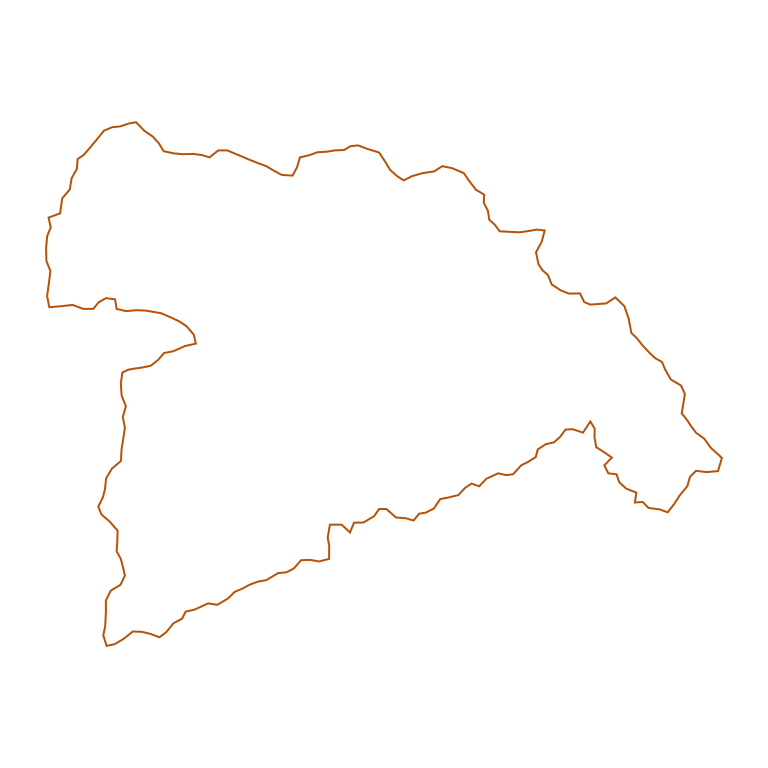 the district of Rio Preto, Minas Gerais, Brazil
{"feature_id": "56859067B48154724498431", "entity_name": "Rio Preto", "entity_type": "district", "adm_level": 2, "iso_a3": "BRA", "parent_name": "Brazil", "parent_adm1": "Minas Gerais", "projection": "natural_earth1", "projection_center": [-43.874, -22.05], "detail": "fine", "context": "isolated", "style": "outline", "palette": "amber", "viewbox_px": 768, "rotation_deg": 0, "n_neighbors": 0, "source": "geoboundaries", "source_scale": "gbopen_adm2", "svg_char_len": 3102}
<svg xmlns="http://www.w3.org/2000/svg" viewBox="0 0 768 768"><path d="M49.3,307.2L61.5,306.2L72.6,304.9L83.1,308.9L93.2,308.9L98.9,302.1L106.1,298.1L115.1,299.4L116.6,308.9L126.0,311.1L136.6,310.2L145.8,310.6L160.7,313.1L171.5,317.7L179.1,321.3L186.4,326.1L193.8,334.6L195.8,343.6L184.9,346.1L173.1,351.3L164.1,353.0L158.2,359.8L150.7,365.8L141.8,367.6L135.2,368.5L128.5,369.6L122.4,372.6L120.8,383.5L121.7,395.8L125.9,406.2L122.8,416.9L124.9,427.9L123.1,439.9L121.5,449.7L121.0,460.9L111.9,468.6L106.1,478.4L105.0,489.1L102.9,497.3L98.3,506.6L101.5,514.5L109.8,521.7L117.6,530.7L117.3,541.9L116.6,551.2L120.8,558.9L123.1,567.6L124.9,575.6L120.6,584.7L110.8,590.6L105.9,600.4L105.9,612.6L105.2,626.1L103.3,635.3L106.6,645.8L114.6,644.2L123.4,639.0L132.8,631.5L141.9,631.8L150.8,634.0L159.4,637.3L166.3,632.1L173.4,623.3L182.1,618.6L185.7,611.6L194.6,609.6L208.0,603.4L217.4,604.8L228.2,598.3L234.6,591.9L241.8,588.9L249.6,584.7L258.0,581.6L266.3,580.1L278.1,573.1L286.8,572.2L293.9,568.4L301.1,560.2L310.4,559.9L319.0,561.5L329.1,558.9L329.2,545.7L327.7,537.5L329.9,524.7L341.7,524.7L350.0,532.5L354.0,522.7L363.4,522.5L374.1,516.2L379.1,509.0L386.3,509.0L396.1,517.5L406.0,518.3L413.6,520.5L419.1,513.7L425.6,512.7L433.9,508.5L440.2,499.1L449.3,497.3L458.3,495.1L465.2,487.8L471.6,483.6L479.2,486.3L486.3,478.8L498.2,473.3L506.1,475.1L513.0,474.3L521.2,465.3L527.7,462.1L535.7,457.1L537.8,449.4L545.8,444.2L553.9,442.4L560.1,436.9L565.5,429.6L572.7,429.2L583.0,432.6L590.3,421.5L594.7,428.7L594.5,437.4L596.3,447.2L603.2,451.6L611.9,457.6L604.3,465.3L608.3,473.3L616.5,474.3L619.3,482.3L626.2,488.6L636.3,492.6L634.9,502.5L642.7,502.0L648.6,508.0L659.3,509.3L667.7,512.3L674.1,504.1L680.3,494.6L687.3,486.3L690.0,476.8L696.0,470.8L706.4,472.1L718.0,471.1L721.9,457.9L710.7,447.7L704.3,438.7L696.0,432.7L691.1,426.2L687.0,419.9L681.7,413.4L683.4,403.2L684.9,394.0L681.0,385.5L670.8,379.5L665.2,369.6L662.0,362.0L655.0,358.1L649.2,352.5L642.5,345.3L636.7,338.1L631.3,332.9L628.8,319.1L624.4,306.2L615.4,297.4L606.2,303.4L597.1,304.1L590.4,304.6L584.2,302.1L580.0,293.4L568.8,293.6L560.8,290.4L551.8,284.5L547.9,275.0L542.6,270.4L538.5,264.3L536.0,252.3L541.7,241.7L544.7,230.5L536.8,229.6L526.7,231.3L519.7,232.3L509.3,231.8L499.7,231.3L494.6,224.5L489.3,219.8L487.9,210.8L483.8,202.8L484.1,194.6L476.0,189.8L469.1,180.9L463.8,173.1L451.9,168.1L442.2,166.2L434.2,171.4L422.7,173.1L412.2,176.1L403.7,180.4L397.1,176.1L390.3,170.1L385.3,161.9L379.1,152.5L367.6,149.0L358.2,145.4L350.4,146.2L344.2,150.0L334.8,150.4L327.0,151.7L317.7,152.2L309.5,155.1L299.9,157.4L297.1,167.2L292.5,175.6L281.7,174.9L273.0,170.2L266.3,166.2L256.9,162.7L247.9,159.1L238.5,155.1L227.3,150.4L218.3,150.4L209.4,157.4L202.2,155.1L193.1,153.9L182.7,154.2L173.8,153.4L163.7,151.2L159.0,143.5L152.9,136.7L144.2,130.7L136.0,122.2L129.0,123.5L120.2,126.4L112.2,127.2L103.9,130.7L96.0,140.5L89.1,148.7L83.5,155.1L77.6,159.1L76.9,168.9L71.6,178.2L69.8,189.4L62.2,198.4L60.1,213.3L48.6,217.6L50.7,227.5L47.2,236.1L46.1,248.2L46.4,261.0L50.4,270.9L48.9,283.2L47.1,296.1L49.3,307.2Z" fill="none" stroke="#b45309" stroke-width="2"/></svg>